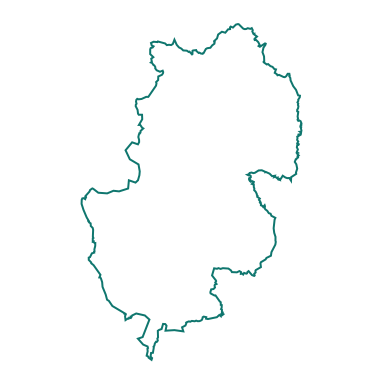 Hidalgo, Michoacán, Mexico, rotated 179°
{"feature_id": "50627088B4017945101472", "entity_name": "Hidalgo", "entity_type": "district", "adm_level": 2, "iso_a3": "MEX", "parent_name": "Mexico", "parent_adm1": "Michoacán", "projection": "natural_earth1", "projection_center": [-100.689, 19.626], "detail": "fine", "context": "isolated", "style": "outline", "palette": "teal", "viewbox_px": 384, "rotation_deg": 179, "n_neighbors": 0, "source": "geoboundaries", "source_scale": "gbopen_adm2", "svg_char_len": 5987}
<svg xmlns="http://www.w3.org/2000/svg" viewBox="0 0 384 384"><g transform="rotate(179 192 192)"><path d="M230.8,322.2L229.7,321.8L228.3,319.6L227.5,319.3L226.5,317.5L226.6,316.2L225.2,314.3L221.9,312.8L219.2,313.8L218.7,312.4L219.0,311.1L220.0,309.7L223.7,308.1L223.9,304.5L226.0,302.5L225.6,301.4L226.1,299.0L234.0,287.9L236.2,287.9L240.8,285.9L243.8,285.6L245.1,286.1L246.0,285.2L246.4,283.3L245.9,281.2L246.6,280.4L246.8,278.8L245.0,275.1L244.6,271.3L243.9,270.2L240.6,270.1L240.5,265.6L243.9,260.0L242.6,260.0L240.7,257.1L239.6,256.4L242.4,253.9L242.5,252.3L243.2,251.4L243.6,251.6L244.1,250.4L244.7,247.9L244.0,245.1L244.0,242.8L245.2,240.6L251.0,242.7L257.7,234.9L253.6,225.8L245.0,220.5L243.9,213.5L244.3,209.7L245.8,204.7L248.3,202.4L254.9,204.8L255.8,196.6L264.9,193.9L270.5,194.6L276.8,192.1L285.7,192.9L290.3,196.6L291.4,197.3L292.0,197.1L293.9,195.7L294.5,194.2L298.5,189.9L298.0,188.7L298.6,187.5L298.9,187.8L299.0,186.8L300.6,187.7L301.8,187.5L302.4,186.1L302.6,182.0L300.8,176.0L297.7,168.3L296.3,165.9L296.4,165.0L295.9,164.2L295.4,164.3L295.3,163.3L293.9,162.4L293.8,159.8L291.9,157.8L291.5,155.9L291.9,149.2L291.4,147.8L292.0,147.5L292.1,144.0L291.1,144.3L291.0,143.4L290.1,142.5L289.6,142.6L289.7,139.7L290.6,136.4L290.5,134.4L291.0,134.0L290.8,133.1L293.2,132.4L295.1,128.7L296.4,128.2L296.4,125.9L294.0,123.3L294.0,122.5L291.7,120.6L285.0,110.8L286.1,108.2L285.1,108.1L284.5,107.0L283.4,103.4L283.1,98.7L280.1,91.0L278.8,85.8L277.0,84.6L273.6,79.4L261.0,71.6L261.4,71.3L260.4,70.7L261.1,69.1L260.7,65.1L258.4,66.6L257.6,66.4L257.1,67.4L255.7,67.1L255.5,68.3L254.8,67.9L254.0,69.6L249.9,71.5L241.3,69.4L236.8,65.2L243.9,47.8L248.6,46.3L243.5,40.3L239.1,38.3L238.7,36.7L239.3,36.1L239.1,33.5L240.2,29.1L238.7,28.3L238.3,27.1L235.4,24.9L234.8,26.6L236.3,28.2L235.7,31.8L233.9,31.9L232.9,37.2L233.2,37.9L232.3,39.0L231.8,41.2L230.6,42.9L229.9,42.7L228.8,44.0L229.2,46.0L228.5,47.2L228.6,53.8L227.3,54.7L224.8,55.5L223.2,60.6L221.0,60.4L219.8,58.7L220.9,53.8L212.0,54.2L203.1,52.8L204.3,56.9L200.9,58.6L199.8,61.3L200.0,61.6L199.3,62.0L197.3,62.7L196.1,62.3L194.4,63.1L191.5,62.7L190.1,63.3L188.5,62.7L186.6,62.8L184.6,63.7L183.8,65.1L183.5,66.6L182.5,67.2L179.9,66.6L180.2,65.1L178.3,64.7L169.3,66.4L166.8,68.6L165.3,67.3L165.0,69.0L163.9,68.3L162.7,69.3L163.8,70.1L163.5,70.8L164.2,70.8L164.1,73.7L165.0,74.4L164.4,75.5L164.2,78.4L165.2,78.6L165.2,81.3L166.1,82.0L170.3,88.2L171.3,88.1L175.2,90.3L175.4,91.5L174.5,94.3L172.2,94.6L170.7,96.1L171.1,97.9L170.8,98.9L169.1,99.6L170.3,101.1L169.4,102.5L169.6,103.1L173.4,108.2L171.2,115.3L168.3,114.8L166.9,115.4L164.7,114.6L162.5,115.3L156.9,114.8L154.4,112.9L153.5,111.2L148.5,110.9L146.0,112.1L144.4,111.1L144.6,109.3L143.2,109.5L142.3,108.6L141.3,110.2L139.2,109.4L138.4,109.7L137.9,111.1L136.8,111.9L133.5,107.9L131.3,107.0L130.8,107.4L131.2,109.2L129.8,110.4L130.0,112.0L129.6,112.8L124.4,115.7L124.8,119.4L124.3,120.6L119.6,123.3L118.7,124.8L114.2,126.9L113.6,130.5L109.6,137.9L109.1,140.7L109.4,141.8L109.3,145.7L110.5,149.7L111.0,154.3L109.9,162.9L109.1,164.7L113.0,166.8L113.8,168.9L115.6,169.5L117.1,171.9L119.0,173.4L119.6,174.5L119.3,176.5L119.6,177.5L121.1,175.8L121.8,176.8L123.3,177.5L123.1,178.5L123.7,179.3L123.4,179.8L124.3,180.5L123.9,181.3L125.2,183.0L124.3,184.2L126.9,186.1L126.5,187.0L127.2,187.9L127.3,189.0L128.4,191.3L129.8,192.7L129.6,194.5L130.1,195.6L130.1,198.2L131.9,199.0L131.2,199.6L130.5,199.3L130.0,201.0L131.6,201.8L133.0,201.2L133.6,201.7L133.2,202.1L133.3,202.8L134.1,202.9L134.0,203.5L134.7,203.6L134.7,204.7L133.0,205.6L133.0,207.0L133.7,207.7L135.1,207.6L136.3,208.3L135.2,208.6L134.0,210.0L132.1,210.4L130.4,209.8L128.8,210.1L125.0,212.4L121.8,212.5L118.4,210.9L118.4,210.5L117.7,210.7L114.1,209.0L111.6,206.4L108.8,206.8L109.4,205.5L108.5,205.8L106.8,204.4L106.0,204.9L105.7,203.1L104.8,202.7L104.5,203.0L103.8,202.6L103.9,203.6L103.0,203.6L101.0,206.7L98.4,204.9L96.5,204.2L94.5,204.3L92.8,201.6L92.6,205.1L87.5,208.3L87.7,209.7L86.4,213.5L87.2,217.9L88.7,220.3L87.7,222.9L87.1,223.0L86.8,223.7L85.3,224.7L85.2,225.9L85.7,226.1L85.4,226.6L85.6,227.2L85.1,227.2L86.4,228.9L85.4,229.3L86.5,230.1L85.4,232.7L86.4,234.9L85.9,237.3L84.8,237.2L84.4,237.9L85.9,238.9L84.9,240.6L86.0,242.3L85.6,243.9L85.8,245.5L84.7,246.0L84.6,247.6L83.8,247.8L83.2,246.9L82.3,247.4L81.9,249.3L83.0,250.3L81.8,250.4L81.5,251.3L82.0,254.1L81.7,254.8L82.5,255.2L82.5,256.0L81.7,256.6L82.0,257.1L81.4,258.0L81.8,258.3L81.5,259.1L82.2,260.9L83.6,261.7L84.5,261.3L85.2,262.4L84.7,263.7L85.1,265.6L84.4,269.9L84.4,270.4L85.4,270.8L85.4,272.3L84.5,273.8L84.1,276.0L84.6,277.2L84.2,278.5L85.0,279.8L84.1,281.3L84.2,282.4L82.6,284.8L82.4,286.4L84.2,286.8L86.2,292.3L88.9,296.0L91.5,301.9L91.7,304.3L92.8,306.3L92.3,306.7L92.6,308.5L94.3,308.5L95.8,306.1L97.2,305.2L98.5,305.4L102.9,307.6L104.5,307.2L105.2,308.4L107.2,309.7L105.9,313.1L107.5,313.5L109.3,315.7L111.4,316.5L113.7,318.6L115.0,318.2L118.1,320.5L118.1,321.1L117.5,321.5L117.6,326.3L119.1,330.6L118.0,335.1L116.0,337.9L115.7,339.0L116.4,339.3L121.6,336.0L122.9,336.8L121.8,338.0L123.2,340.8L125.3,342.9L126.6,342.8L126.9,343.4L126.8,344.1L124.3,346.3L127.3,348.6L127.0,349.2L127.9,349.2L128.9,351.6L128.4,352.7L129.4,354.8L130.8,354.1L133.4,354.8L135.1,354.0L136.9,354.0L138.1,354.6L142.3,358.9L143.1,359.1L145.2,358.6L148.2,355.7L150.4,356.7L151.1,356.0L151.1,354.2L153.1,354.0L155.9,350.7L159.3,351.7L163.1,349.0L164.3,345.1L167.3,342.4L167.2,341.8L166.7,341.7L167.0,339.9L169.3,338.2L171.1,335.9L174.3,335.5L175.7,334.7L177.9,330.8L178.5,330.7L178.9,330.0L180.7,330.3L182.1,331.2L182.9,330.9L185.2,333.0L185.4,333.8L188.5,333.5L189.1,333.0L189.1,330.0L189.6,329.6L192.1,332.4L192.9,332.1L194.7,333.4L198.3,333.7L200.2,335.6L202.5,336.8L204.7,339.4L206.9,344.6L208.6,340.3L210.3,339.3L212.5,339.6L214.6,339.3L216.3,341.0L223.5,343.1L223.9,342.5L227.8,342.9L230.4,341.7L229.7,339.2L227.9,338.3L228.8,337.2L230.8,336.6L231.3,335.4L231.4,330.6L228.3,327.5L230.4,326.0L229.9,323.0L230.8,322.2Z" fill="none" stroke="#0f766e" stroke-width="2"/></g></svg>